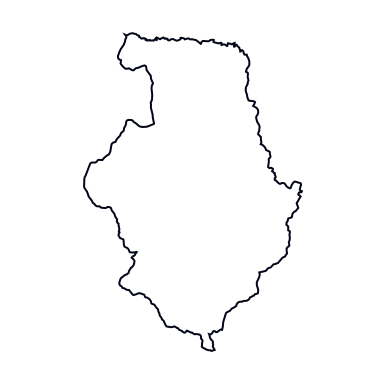 Nam Dong, Thừa Thiên - Huế, Vietnam, rotated 99°
{"feature_id": "81297802B42791937018990", "entity_name": "Nam Dong", "entity_type": "district", "adm_level": 2, "iso_a3": "VNM", "parent_name": "Vietnam", "parent_adm1": "Thừa Thiên - Huế", "projection": "mercator", "projection_center": [107.686, 16.119], "detail": "fine", "context": "isolated", "style": "outline", "palette": "ink", "viewbox_px": 384, "rotation_deg": 99, "n_neighbors": 0, "source": "geoboundaries", "source_scale": "gbopen_adm2", "svg_char_len": 5943}
<svg xmlns="http://www.w3.org/2000/svg" viewBox="0 0 384 384"><g transform="rotate(99 192 192)"><path d="M47.1,282.7L48.6,281.2L50.1,281.1L51.7,281.7L53.9,281.7L57.4,282.5L62.0,284.7L65.9,285.8L69.5,286.4L71.5,285.8L72.6,284.5L72.7,282.9L73.2,282.6L76.0,282.7L76.8,282.2L79.4,279.2L80.7,276.8L80.2,274.8L79.7,273.8L81.0,270.2L81.1,269.2L80.7,268.5L78.6,266.9L77.5,264.1L75.2,260.6L74.4,258.5L75.2,257.0L78.7,255.9L83.7,250.9L86.6,250.2L90.5,247.7L91.5,247.6L93.0,248.3L95.8,248.2L102.3,246.5L106.5,246.0L108.0,246.1L110.1,246.8L111.8,246.2L115.2,245.8L121.7,243.0L124.5,242.4L130.3,240.2L130.9,240.5L134.6,246.8L135.5,250.9L135.6,252.6L135.1,254.7L133.0,258.0L131.9,260.5L130.6,262.1L130.4,263.2L130.7,265.8L131.3,267.2L131.8,267.6L132.8,267.9L136.1,267.9L139.3,269.0L142.3,269.1L144.7,271.2L147.6,271.9L151.8,274.7L154.4,275.4L155.4,277.4L157.0,278.8L158.9,279.0L164.7,279.0L167.7,279.8L169.0,281.4L171.4,283.6L172.6,284.5L174.4,285.5L174.9,289.5L175.4,290.1L176.8,290.8L177.7,291.6L178.2,292.7L178.5,295.6L179.4,296.6L179.9,297.0L192.6,299.7L194.3,300.4L196.8,300.3L203.8,299.4L204.6,299.0L208.3,295.6L212.7,293.3L216.1,289.7L218.3,288.2L218.9,286.7L220.4,285.2L221.0,283.5L220.6,281.1L221.5,279.7L221.7,278.9L221.4,274.9L219.8,272.6L220.0,270.5L220.5,269.5L222.7,268.4L225.7,265.2L228.2,264.0L230.8,261.7L233.0,261.6L234.2,260.7L234.7,259.6L235.8,259.5L240.1,257.9L242.7,258.1L242.9,257.4L243.4,257.2L245.3,257.9L246.3,257.8L248.8,255.8L249.4,252.7L249.9,252.2L255.1,250.9L256.0,250.5L256.9,249.4L257.3,247.5L257.8,246.6L258.6,245.7L261.0,244.2L261.2,243.8L261.2,242.3L260.6,239.0L259.9,237.7L260.0,237.2L261.8,238.2L263.5,238.7L265.1,240.7L266.4,241.3L267.4,239.6L268.9,238.1L269.9,237.9L273.0,238.1L275.8,239.5L276.3,240.4L276.7,240.6L279.8,241.8L281.8,242.0L283.4,243.3L284.5,245.3L288.2,248.7L289.8,249.2L292.8,249.6L294.1,249.4L295.4,248.6L296.4,246.6L297.6,245.7L297.7,243.9L298.8,241.2L298.7,238.8L302.7,234.5L302.8,233.3L302.0,231.6L300.4,229.0L300.1,227.6L300.9,223.1L303.2,221.7L303.4,219.5L304.5,217.2L306.2,215.6L308.4,214.7L308.7,214.0L309.2,211.5L311.7,209.2L313.0,207.4L315.7,206.3L316.7,205.4L318.9,204.6L321.2,202.4L322.5,201.7L323.5,200.0L327.7,197.2L328.8,196.1L328.8,191.6L328.5,190.3L327.7,188.9L327.6,187.8L328.7,185.3L328.8,184.3L330.1,183.2L330.7,180.5L331.8,178.7L332.1,177.5L331.7,176.6L329.7,175.3L331.0,170.9L330.8,170.2L332.1,167.5L331.5,164.5L331.7,163.1L331.6,162.1L332.8,160.7L335.6,160.0L336.0,159.2L336.8,158.5L337.7,158.3L339.0,158.4L343.2,158.1L343.6,157.9L345.3,153.4L345.7,151.1L345.4,149.2L345.9,148.2L345.8,147.5L344.4,144.9L341.4,147.3L339.2,147.2L338.2,147.8L336.7,147.9L335.9,148.5L334.3,150.6L332.5,151.7L330.9,152.2L329.7,152.9L329.9,151.6L328.8,150.3L326.2,149.2L325.9,147.7L326.5,146.7L326.6,145.7L326.2,145.0L323.7,142.6L323.3,141.9L323.4,140.7L319.8,140.5L315.4,140.8L306.4,139.5L305.7,139.1L303.2,135.8L301.1,134.6L299.4,132.3L297.8,130.6L297.4,130.4L296.0,130.4L294.3,129.5L293.4,128.5L292.9,127.5L292.4,125.2L291.5,123.9L290.9,121.0L289.3,119.0L287.0,118.1L286.1,116.6L285.0,115.6L284.7,114.7L283.1,113.8L281.8,111.1L279.0,111.1L276.2,112.2L274.2,113.3L271.0,113.9L265.9,112.4L264.5,112.2L262.8,112.2L260.9,113.0L258.6,107.3L257.9,106.4L255.6,105.2L254.0,102.3L250.7,100.2L250.2,98.7L248.7,96.0L242.8,92.4L241.0,89.9L239.8,89.6L238.1,88.6L237.3,88.6L235.9,89.2L233.0,89.7L231.8,89.2L230.2,87.7L229.5,87.5L226.6,88.5L223.9,88.0L220.5,88.5L219.2,89.1L216.2,89.0L215.4,89.4L214.8,91.0L211.0,91.6L209.5,93.7L207.4,93.8L205.5,92.9L203.9,93.0L203.0,92.7L201.5,89.6L200.4,89.4L198.1,89.4L196.8,88.8L195.3,87.8L194.9,86.8L191.1,84.5L186.7,86.9L179.4,84.0L177.8,86.7L177.1,86.6L175.8,86.2L175.0,83.9L174.0,83.6L173.7,85.2L172.9,85.9L170.3,85.8L168.1,85.4L166.9,85.7L166.5,85.9L166.3,86.6L165.6,91.5L165.7,92.4L166.9,93.4L169.4,94.6L172.4,95.1L173.0,95.6L172.8,97.1L172.2,98.5L171.5,99.6L169.5,101.4L168.9,102.4L169.0,104.7L170.1,105.9L170.2,106.6L169.7,108.0L167.4,111.0L167.1,112.2L165.3,112.4L164.4,111.7L163.7,111.8L162.0,112.9L160.6,113.1L160.5,114.0L159.3,115.0L159.0,116.1L158.3,116.0L156.9,115.5L156.5,115.6L155.7,117.5L156.3,119.3L155.4,120.8L150.3,120.8L147.2,121.4L146.2,120.4L144.6,120.0L142.3,121.0L140.4,121.4L139.9,122.0L138.9,125.4L137.5,126.2L135.6,127.9L134.5,129.8L134.1,131.6L132.5,131.2L128.3,132.4L127.0,132.5L124.6,135.7L123.5,135.8L120.8,135.1L119.6,135.4L116.9,135.4L115.1,136.4L112.3,138.7L108.7,140.3L107.0,140.2L105.5,139.4L103.5,139.0L100.9,139.5L99.6,140.5L98.8,141.5L97.4,145.1L95.4,144.2L93.3,143.8L92.8,144.9L92.7,146.1L92.9,149.2L92.6,150.5L89.9,152.1L87.4,152.9L83.7,154.8L80.1,155.1L76.5,153.9L75.2,154.1L72.9,153.7L69.7,155.0L65.9,155.3L65.0,156.6L64.9,157.4L64.5,157.6L62.0,157.2L58.0,155.3L54.9,155.6L53.6,156.0L51.1,157.3L49.3,158.8L47.8,159.4L48.1,161.0L48.0,161.8L46.0,163.0L44.9,163.4L44.1,164.5L44.2,165.1L45.5,165.9L45.7,166.3L43.7,167.0L43.1,167.5L42.0,167.9L40.5,170.4L39.6,170.9L39.8,171.6L41.8,172.7L41.8,173.3L41.2,173.4L38.9,173.1L38.1,173.2L38.4,173.9L40.0,175.6L39.6,177.2L39.5,179.8L41.6,179.9L42.3,180.0L42.4,180.3L41.4,181.8L41.2,183.6L41.4,184.5L42.2,185.5L42.2,185.9L40.1,186.3L40.1,186.9L41.1,189.0L40.6,194.1L40.0,194.3L38.4,194.2L38.3,194.5L38.4,195.7L39.0,197.6L40.2,198.7L40.6,199.4L41.1,204.9L42.4,206.0L43.2,206.3L44.0,206.2L44.3,206.5L41.4,211.6L41.1,215.9L41.6,217.5L40.9,219.3L41.1,220.5L42.4,222.9L41.5,224.1L41.3,226.7L41.7,227.5L42.6,227.2L43.2,227.5L44.7,230.0L44.9,231.2L43.9,234.7L44.4,236.6L45.6,237.7L45.9,238.7L45.6,239.7L44.6,240.2L44.7,241.1L44.3,241.9L44.9,242.6L44.8,243.3L43.9,244.3L44.9,246.2L46.0,247.2L46.1,247.5L44.9,251.0L45.3,251.6L47.1,250.6L47.5,250.7L47.1,252.8L48.3,253.3L48.6,253.7L48.4,254.6L48.9,256.7L48.5,257.5L49.1,258.3L48.8,259.2L49.4,259.9L49.2,261.3L48.3,261.2L47.9,261.6L48.1,262.3L47.5,263.5L48.2,264.8L48.3,266.1L47.5,267.2L47.2,268.4L45.9,268.8L45.7,270.6L44.7,272.0L44.7,274.3L44.4,275.2L45.3,278.0L47.2,280.3L47.4,281.4L47.1,282.7Z" fill="none" stroke="#020617" stroke-width="2"/></g></svg>